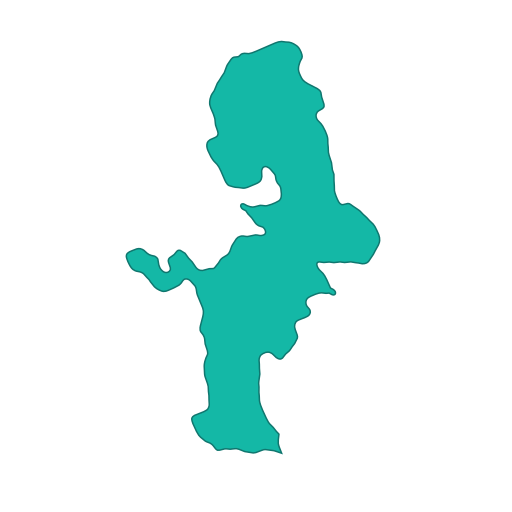 Villa Tabara Arriba, Azua, Dominican Republic, rotated 336°
{"feature_id": "3306468B57701305571020", "entity_name": "Villa Tabara Arriba", "entity_type": "district", "adm_level": 2, "iso_a3": "DOM", "parent_name": "Dominican Republic", "parent_adm1": "Azua", "projection": "equal_earth", "projection_center": [-70.922, 18.486], "detail": "fine", "context": "isolated", "style": "filled", "palette": "teal", "viewbox_px": 512, "rotation_deg": 336, "n_neighbors": 0, "source": "geoboundaries", "source_scale": "gbopen_adm2", "svg_char_len": 6129}
<svg xmlns="http://www.w3.org/2000/svg" viewBox="0 0 512 512"><g transform="rotate(336 256 256)"><path d="M360.4,213.1L360.8,208.5L362.9,201.5L363.7,194.0L364.3,190.8L366.2,186.0L367.4,182.4L369.1,178.4L369.6,176.6L369.9,174.5L370.1,170.1L369.8,164.6L369.2,161.6L367.5,156.9L367.3,155.0L367.6,153.2L367.9,152.3L368.7,150.9L370.5,149.4L372.1,148.9L376.7,148.4L378.1,147.8L378.8,147.3L379.2,146.6L379.8,145.0L380.6,137.6L381.8,132.9L381.7,131.3L381.4,130.4L380.2,128.2L373.4,119.7L371.4,116.6L370.3,113.9L370.0,112.0L369.9,109.9L369.9,106.9L370.1,104.9L370.6,102.9L371.4,101.3L372.3,99.8L373.9,97.9L375.6,96.1L378.4,93.9L379.3,92.6L379.8,90.9L380.1,88.0L380.0,85.1L379.7,83.1L379.1,81.3L378.2,79.7L376.7,77.5L375.0,75.6L373.1,74.1L370.2,72.6L366.6,70.4L363.4,69.5L359.9,69.2L339.5,69.0L335.1,68.8L331.7,68.2L327.8,66.1L325.7,65.6L324.3,65.7L322.0,66.5L320.8,66.7L316.7,65.4L315.2,65.4L313.2,66.2L308.0,69.4L306.6,70.5L301.5,75.7L297.5,78.2L294.3,80.4L290.9,82.5L285.1,88.0L281.7,90.1L280.3,91.2L277.9,93.9L276.4,96.3L275.6,98.1L275.3,99.1L274.9,102.3L274.8,108.8L274.5,112.0L274.2,114.1L272.8,118.3L272.3,120.0L271.7,126.6L271.3,128.3L271.0,129.0L269.9,130.3L268.6,130.9L267.0,131.1L261.3,131.1L258.9,131.8L257.6,132.7L256.6,134.0L255.8,135.6L255.5,136.5L255.1,138.5L255.0,140.5L255.2,147.2L255.7,150.5L256.2,152.4L257.7,156.5L258.3,159.7L258.5,164.2L258.4,174.2L258.5,176.3L259.1,179.2L260.0,180.7L263.4,183.6L265.2,184.9L268.0,186.4L271.9,188.8L273.5,189.4L276.1,189.8L284.2,190.0L286.8,190.0L288.5,189.8L290.2,189.3L290.9,188.9L292.1,187.9L293.6,185.9L295.5,181.1L296.3,179.7L298.0,178.2L298.8,177.9L300.3,177.9L301.0,178.1L302.3,179.0L303.8,181.0L304.5,182.7L306.2,188.4L306.4,190.0L306.3,190.8L305.3,194.5L305.2,196.2L305.3,198.0L306.3,201.7L306.3,203.3L306.0,204.8L304.4,209.7L303.2,212.0L302.2,213.3L300.9,214.3L299.4,214.9L295.4,215.2L291.3,215.1L286.5,214.5L285.0,214.0L281.8,212.1L280.3,211.4L274.4,210.4L272.8,209.9L270.7,208.6L268.3,206.4L266.4,203.9L265.4,203.0L264.1,202.7L263.4,202.9L262.8,203.4L262.3,204.2L262.2,205.1L262.4,206.7L263.1,208.1L265.1,210.5L265.8,214.4L267.6,219.4L268.7,225.0L269.2,226.8L270.0,228.3L270.9,229.6L274.0,232.4L274.6,233.9L274.9,235.5L274.7,237.2L274.5,238.1L274.0,238.8L273.4,239.4L272.8,239.7L271.4,239.9L269.3,239.5L267.9,238.9L265.4,237.2L264.0,236.5L256.3,234.8L254.9,234.1L252.4,232.5L251.0,231.9L249.4,231.6L247.1,231.6L244.9,232.4L239.1,236.2L237.7,237.3L234.0,241.2L231.9,242.7L229.7,243.4L225.0,244.0L223.4,244.4L222.0,245.0L218.9,247.1L213.2,250.0L211.9,250.1L208.2,248.6L201.3,247.5L199.2,246.4L198.0,245.2L197.1,243.8L196.5,242.1L195.3,235.5L193.5,230.5L192.3,224.7L189.3,220.3L188.8,219.8L187.6,219.3L186.9,219.2L185.6,219.5L181.8,221.4L176.3,222.5L174.9,223.3L173.9,224.7L173.5,226.4L173.0,231.8L172.3,233.5L171.7,234.1L170.4,234.8L169.0,235.0L167.5,234.7L166.1,233.9L165.0,232.7L164.2,231.1L163.6,229.3L163.4,227.3L163.6,224.5L165.0,219.1L165.0,218.4L164.6,216.9L163.4,215.0L160.5,212.8L158.9,211.2L157.6,209.1L155.9,205.2L154.9,203.8L153.2,202.2L151.5,201.4L149.8,201.0L146.2,200.8L142.7,200.7L141.0,200.9L139.5,201.3L138.7,201.8L138.1,202.4L137.6,203.2L137.2,204.1L136.9,206.0L136.7,209.0L136.8,212.2L137.0,214.4L137.4,216.4L138.1,218.2L139.6,220.3L140.7,221.3L143.8,223.5L145.4,225.3L146.2,226.8L147.6,231.2L148.7,234.1L149.1,236.7L150.7,242.8L152.0,245.4L153.7,247.7L155.6,249.7L157.0,250.7L159.4,251.5L161.9,251.7L167.9,251.7L173.8,251.3L175.4,250.8L176.8,250.2L179.2,248.7L180.6,248.2L181.3,248.1L182.8,248.5L184.1,249.3L185.2,250.5L186.0,252.0L188.1,258.5L188.2,260.1L188.0,261.7L186.9,265.7L186.6,267.7L186.2,281.7L185.6,284.8L184.3,287.5L182.7,289.8L176.8,297.2L175.8,298.7L174.8,301.1L174.7,302.7L175.6,306.4L175.7,309.0L175.4,310.7L173.8,315.7L173.1,322.4L172.7,324.1L172.1,325.7L171.6,326.3L168.8,328.8L166.4,331.5L164.8,333.8L163.9,335.5L161.0,343.0L160.5,344.9L160.3,346.8L159.8,352.8L159.3,355.7L157.4,360.6L156.3,364.2L154.6,368.2L153.0,372.4L152.2,373.9L151.1,375.1L149.9,376.1L148.3,376.7L145.0,377.0L135.0,376.6L132.8,377.1L131.5,378.0L131.0,378.8L130.5,380.6L130.2,383.5L130.3,392.1L130.8,396.4L131.7,399.1L134.3,404.3L135.2,405.5L137.8,408.1L139.1,410.1L139.7,411.7L140.7,415.8L141.4,417.2L141.9,417.8L143.9,418.6L149.1,419.5L150.5,420.1L153.8,422.0L158.2,423.4L159.7,424.0L161.8,425.6L166.2,430.1L173.4,434.8L175.9,435.5L182.7,435.9L184.4,436.1L186.0,436.7L193.3,441.2L199.2,446.6L199.5,440.2L199.7,438.2L200.1,436.3L201.6,433.0L204.5,428.1L203.2,424.3L202.0,419.6L200.1,414.6L199.7,412.6L199.4,408.4L199.3,399.7L199.5,394.3L199.9,391.2L200.4,389.3L202.0,385.3L203.2,381.8L205.4,377.0L206.6,373.5L207.5,371.8L211.5,365.4L213.4,360.1L215.1,356.1L216.3,352.7L217.1,351.2L218.2,349.9L219.4,348.9L220.2,348.5L222.5,348.0L225.6,348.0L227.9,348.7L229.3,349.6L230.9,351.5L231.6,353.0L233.2,357.0L234.6,358.9L235.8,359.8L236.5,360.1L237.2,360.2L238.7,360.0L243.2,357.6L247.6,356.3L249.0,355.6L252.3,353.5L255.7,351.7L260.3,347.9L261.1,346.6L261.5,344.9L261.9,339.3L262.4,336.5L263.6,334.3L265.4,332.6L267.0,332.0L268.6,331.8L276.3,332.1L278.8,332.0L280.3,331.6L281.6,330.8L282.6,329.7L282.9,329.0L283.3,327.5L283.1,326.0L282.1,322.6L282.1,320.8L282.3,319.9L282.5,319.1L283.3,317.6L284.4,316.4L285.8,315.6L287.3,315.2L289.7,315.0L294.8,315.1L298.3,315.5L300.9,316.3L304.8,318.6L307.7,319.6L309.6,322.1L310.7,323.0L312.0,323.3L312.7,323.1L313.3,322.6L313.7,321.8L313.9,320.9L313.8,320.1L313.6,319.3L312.9,317.9L311.0,315.5L311.0,306.5L310.7,302.1L310.1,299.1L308.2,294.3L307.7,291.6L307.9,289.1L308.2,288.3L308.6,287.6L309.2,287.1L309.9,286.9L311.2,287.0L315.3,289.5L320.5,291.3L324.4,293.7L330.4,295.6L334.3,298.0L340.2,299.9L344.1,302.5L346.8,304.1L349.9,306.3L352.1,307.1L353.7,307.3L355.2,307.2L356.7,306.7L363.9,302.2L367.0,299.7L372.2,295.8L374.1,293.9L375.2,292.3L376.3,289.5L376.8,286.4L376.8,282.0L376.6,277.6L376.0,274.5L374.0,269.6L372.8,266.0L370.7,261.2L369.8,258.6L369.1,256.8L367.6,254.3L364.6,249.5L363.4,247.4L362.5,246.2L361.3,245.4L356.6,244.5L355.3,244.0L354.3,242.7L353.9,241.8L353.5,239.9L353.4,236.9L353.5,233.6L353.8,230.4L354.2,228.3L356.2,223.5L357.8,219.1L360.4,213.1Z" fill="#14b8a6" stroke="#0f766e" stroke-width="1.5"/></g></svg>